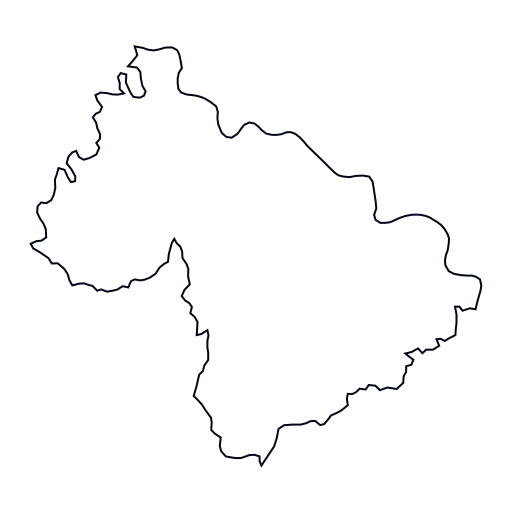 outline of Pinhal da Serra, Rio Grande do Sul, Brazil
{"feature_id": "56859067B60137678530591", "entity_name": "Pinhal da Serra", "entity_type": "district", "adm_level": 2, "iso_a3": "BRA", "parent_name": "Brazil", "parent_adm1": "Rio Grande do Sul", "projection": "robinson", "projection_center": [-51.231, -27.853], "detail": "fine", "context": "isolated", "style": "outline", "palette": "ink", "viewbox_px": 512, "rotation_deg": 0, "n_neighbors": 0, "source": "geoboundaries", "source_scale": "gbopen_adm2", "svg_char_len": 3659}
<svg xmlns="http://www.w3.org/2000/svg" viewBox="0 0 512 512"><path d="M181.9,68.0L180.4,59.7L179.3,54.5L177.1,50.1L172.2,47.4L165.1,47.6L159.1,49.4L153.7,50.4L148.0,49.7L143.0,47.9L134.7,46.4L136.1,50.9L137.2,55.4L133.2,60.4L128.0,66.3L132.8,67.0L136.9,67.5L140.3,72.0L140.9,78.6L142.4,85.9L145.6,91.4L143.9,95.7L139.8,97.7L133.4,96.9L130.8,93.1L128.8,89.1L125.9,82.6L126.3,74.5L120.7,73.1L117.9,77.1L119.7,82.9L119.7,89.1L124.0,93.4L117.9,94.6L112.4,94.4L107.0,93.1L100.5,92.6L95.4,95.2L97.3,100.4L102.0,106.9L99.9,111.9L95.7,113.8L92.8,117.3L96.1,122.6L97.4,128.4L100.1,134.2L99.9,138.9L96.3,143.0L99.3,147.7L96.3,154.5L89.3,158.1L83.5,159.7L79.1,157.2L76.1,150.9L72.1,152.5L68.4,156.8L66.7,163.3L71.4,169.3L75.3,176.3L75.1,181.2L71.0,182.1L68.0,177.6L64.5,169.8L58.5,168.1L56.7,174.6L54.9,179.6L55.3,188.1L53.6,195.4L51.1,200.3L46.2,203.2L41.2,202.5L37.6,206.3L37.1,212.5L40.2,218.9L43.3,223.3L45.8,229.2L46.2,237.4L41.4,240.7L36.3,241.2L30.7,243.8L33.3,248.5L39.2,251.8L48.4,258.1L51.9,263.5L57.7,263.3L64.4,269.0L67.8,274.4L69.2,279.7L72.3,285.4L79.3,283.6L84.5,283.4L88.5,284.9L92.5,285.9L97.2,290.7L101.2,289.4L107.1,291.7L113.5,290.5L117.4,289.5L122.7,286.2L128.3,287.4L131.0,281.2L134.7,279.4L140.1,280.4L144.6,279.7L149.9,277.6L155.7,273.6L159.5,267.6L163.9,264.0L168.0,261.8L168.8,254.2L170.6,247.5L171.8,243.0L174.3,238.9L176.7,243.2L180.2,246.5L182.1,251.3L182.5,258.1L186.6,264.1L188.3,269.0L188.1,276.6L189.8,284.4L184.6,289.7L181.7,296.0L185.1,300.5L189.4,303.2L191.9,307.0L190.3,313.1L194.5,316.8L197.5,321.8L197.1,329.4L196.7,335.1L201.1,334.1L207.4,330.2L208.5,335.4L207.4,340.7L207.4,347.6L208.2,352.8L208.2,360.0L204.4,365.4L202.9,370.9L199.2,374.7L197.7,381.0L196.5,386.4L193.7,396.0L197.1,399.3L201.8,404.4L205.9,410.8L211.0,417.7L211.7,422.4L211.2,429.9L214.8,433.6L220.7,437.5L219.8,446.1L221.3,451.4L225.8,456.4L230.7,457.3L235.6,458.1L241.1,458.0L249.4,455.1L254.5,454.8L259.5,456.4L259.7,461.4L261.4,465.6L274.2,446.3L276.8,438.0L278.5,428.9L284.1,425.2L292.4,424.6L300.6,424.6L306.2,423.2L310.3,421.2L315.2,420.9L320.1,425.1L324.1,424.1L328.0,419.6L331.1,415.4L336.3,413.1L340.9,410.8L347.8,405.2L346.9,398.8L347.8,393.8L352.5,394.0L356.3,392.0L359.6,388.7L365.7,389.5L368.7,385.0L375.4,385.7L379.9,390.2L387.4,387.5L396.6,389.0L403.2,382.9L403.7,376.0L406.1,372.1L406.2,366.2L411.3,364.8L413.4,359.8L409.1,356.6L405.3,353.5L411.6,352.0L418.0,348.4L422.4,353.2L426.2,349.7L432.9,349.7L439.2,345.8L436.5,339.2L440.6,338.8L444.7,340.9L449.2,338.2L455.4,335.1L455.8,329.0L456.5,322.7L456.5,314.3L455.0,306.7L459.5,306.7L462.5,310.7L469.9,308.3L475.6,309.3L476.8,303.8L478.4,298.0L480.5,290.7L481.3,285.5L480.0,279.4L475.9,276.7L471.9,275.6L467.2,275.6L460.6,275.1L453.9,273.8L448.7,271.1L445.3,265.1L445.0,260.0L446.0,254.8L447.7,250.2L448.7,243.7L449.1,238.5L447.5,234.0L444.7,229.2L441.3,225.2L437.6,222.3L433.9,220.1L430.4,217.8L426.0,216.0L420.9,214.9L416.4,214.6L411.6,214.8L405.2,216.0L399.2,218.1L394.3,220.4L389.8,222.3L384.9,222.9L380.4,222.9L375.6,219.9L374.1,214.9L376.3,208.5L375.6,201.0L374.4,193.1L373.6,187.8L372.5,181.4L369.2,176.6L363.0,175.6L355.9,175.9L349.7,177.1L343.6,176.6L338.6,175.4L335.2,173.1L332.0,170.1L319.8,158.0L310.7,149.2L307.3,145.9L303.8,141.6L299.6,137.2L295.0,133.7L290.5,132.1L286.3,132.3L281.5,134.2L276.6,134.9L272.1,134.9L266.1,133.6L261.8,130.2L258.8,127.0L254.5,123.5L249.2,122.5L244.1,124.9L241.2,128.6L237.5,133.9L231.6,137.7L226.3,136.9L221.8,132.9L218.3,124.6L217.4,118.5L217.8,111.9L216.3,106.5L210.8,102.2L205.2,98.7L201.0,97.0L196.4,95.7L191.9,95.1L186.2,94.4L181.0,92.4L178.4,88.9L177.7,83.5L177.7,78.1L178.8,72.8L181.9,68.0Z" fill="none" stroke="#020617" stroke-width="2"/></svg>